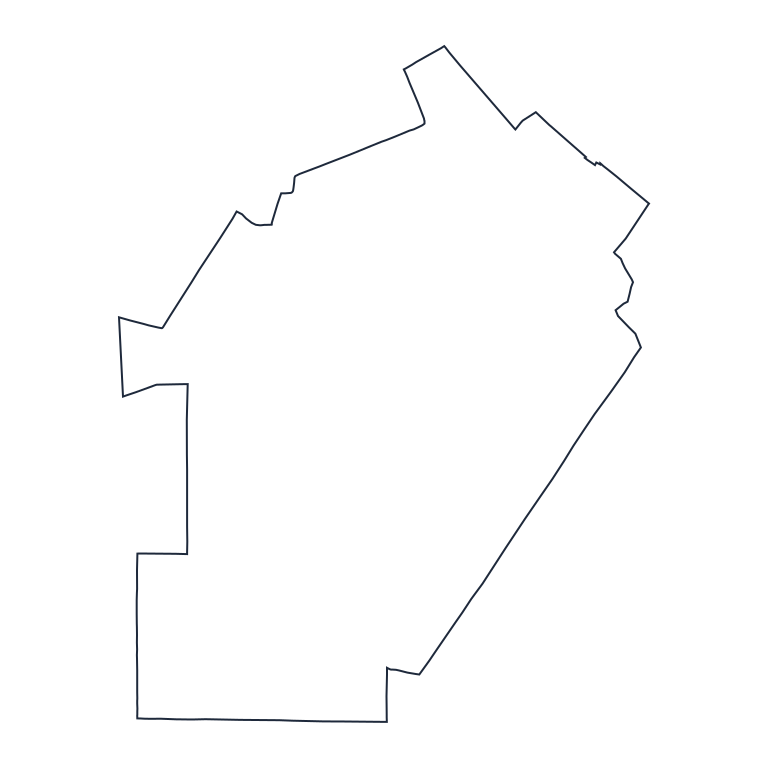 Intorsura, Dolj, Romania
{"feature_id": "2599482B5939349037702", "entity_name": "Intorsura", "entity_type": "district", "adm_level": 2, "iso_a3": "ROU", "parent_name": "Romania", "parent_adm1": "Dolj", "projection": "orthographic", "projection_center": [23.557, 44.11], "detail": "fine", "context": "isolated", "style": "outline", "palette": "slate", "viewbox_px": 768, "rotation_deg": 0, "n_neighbors": 0, "source": "geoboundaries", "source_scale": "gbopen_adm2", "svg_char_len": 2762}
<svg xmlns="http://www.w3.org/2000/svg" viewBox="0 0 768 768"><path d="M386.8,721.9L386.8,720.4L386.7,717.5L386.7,714.6L386.6,704.1L386.5,696.4L387.0,674.5L387.0,667.8L388.5,668.6L390.0,669.3L391.0,669.6L392.7,669.6L396.0,669.8L399.2,670.5L407.4,672.6L415.7,674.0L419.3,674.5L429.4,660.5L432.7,655.6L437.6,648.4L455.3,622.6L462.3,612.6L471.3,598.9L474.3,594.8L482.5,583.7L505.7,547.9L524.8,519.1L541.0,495.5L552.4,479.0L564.1,460.9L573.6,445.5L584.5,429.1L594.6,414.1L610.8,392.0L624.8,372.2L634.1,357.2L640.9,347.5L635.4,333.7L628.9,327.3L618.0,316.0L615.6,310.2L623.6,303.7L627.6,301.7L629.6,293.8L631.1,287.1L633.0,282.2L631.7,279.3L625.1,268.4L622.6,263.1L620.9,258.8L615.2,253.9L614.0,252.3L625.7,238.6L648.3,204.5L649.0,203.6L630.1,187.9L626.2,184.6L623.1,182.0L616.7,176.6L607.3,169.1L603.3,166.0L601.8,164.6L600.2,163.2L600.1,164.0L600.1,164.4L596.3,162.5L595.0,165.1L591.4,162.6L587.5,160.0L584.8,157.9L585.9,157.0L550.9,126.3L549.5,125.2L535.8,112.2L522.7,120.6L520.8,122.7L515.4,129.5L515.0,129.1L514.8,128.9L506.9,119.7L460.1,65.5L450.5,54.0L450.0,53.4L449.6,52.9L449.1,52.3L445.3,47.3L444.2,46.1L441.0,48.2L429.1,54.8L416.1,62.1L412.3,64.6L405.6,68.5L403.8,69.4L404.0,69.9L404.8,71.4L407.2,76.8L409.5,82.8L417.9,102.7L424.0,118.6L424.2,120.0L424.5,120.9L424.5,122.0L424.5,122.7L424.5,123.6L423.4,124.5L421.9,125.5L418.2,127.3L413.7,129.4L409.5,130.6L395.1,136.6L386.0,140.2L381.6,141.7L371.0,146.0L349.8,154.7L325.7,164.0L319.4,166.5L315.9,167.8L299.7,173.9L295.3,176.1L294.9,176.8L294.5,177.9L294.1,183.0L293.6,187.2L293.2,190.0L292.9,191.2L292.2,192.1L291.6,192.6L290.9,192.9L285.7,193.3L282.0,193.3L281.2,193.3L277.6,203.7L271.8,222.9L271.8,224.3L271.7,224.7L269.2,224.8L264.1,224.9L261.7,225.2L260.0,225.3L255.8,224.8L251.7,222.8L246.1,218.5L242.1,214.3L238.2,212.3L236.6,211.5L232.5,218.8L220.2,238.0L199.0,270.1L191.6,282.1L178.4,302.8L170.3,315.5L163.1,327.1L162.7,327.6L162.1,328.1L161.8,328.2L158.5,327.6L148.8,325.4L143.5,323.9L129.9,320.4L119.0,317.3L123.0,396.6L126.4,395.4L135.9,392.2L155.3,385.1L156.7,384.7L160.6,384.6L180.3,384.2L187.7,384.1L187.4,395.8L186.8,419.8L186.9,454.8L187.1,469.1L187.1,526.3L187.3,541.8L187.1,552.2L187.1,554.1L175.4,553.8L139.2,553.5L137.4,553.6L137.0,570.4L137.1,588.8L136.9,593.2L136.7,600.1L136.7,613.5L136.8,623.6L136.9,627.0L137.0,635.1L136.9,642.5L137.1,649.5L136.9,655.1L137.0,658.3L137.2,670.3L137.2,678.4L137.2,687.6L137.2,689.6L137.2,692.3L137.3,697.7L137.3,698.9L137.2,700.7L137.2,703.6L137.4,708.6L137.3,711.4L137.3,712.9L137.3,714.6L137.2,715.6L137.3,718.4L140.8,718.5L144.4,718.7L149.5,718.8L154.2,718.8L159.9,718.7L175.9,719.3L192.0,719.5L205.6,719.2L241.3,719.9L242.9,719.9L279.4,720.2L292.8,720.7L323.3,721.4L344.5,721.5L386.8,721.9Z" fill="none" stroke="#1e293b" stroke-width="2"/></svg>